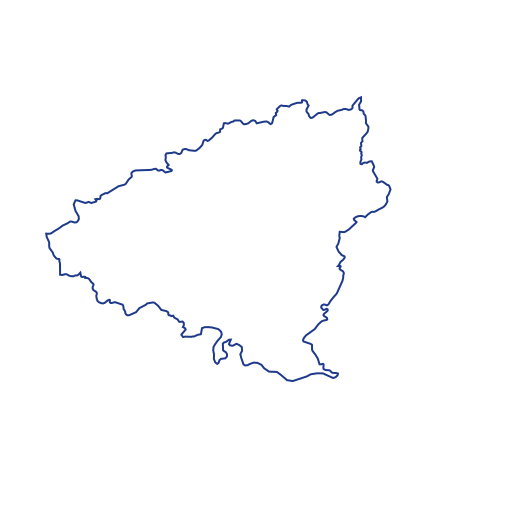 the State of Telangana, rotated 57°
{"feature_id": "IND-20011", "entity_name": "Telangana", "entity_type": "State", "adm_level": 1, "iso_a3": "IND", "parent_name": "India", "parent_adm1": "", "projection": "equal_earth", "projection_center": [78.948, 17.86], "detail": "fine", "context": "isolated", "style": "outline", "palette": "blue", "viewbox_px": 512, "rotation_deg": 57, "n_neighbors": 0, "source": "natural_earth", "source_scale": "10m", "svg_char_len": 6141}
<svg xmlns="http://www.w3.org/2000/svg" viewBox="0 0 512 512"><g transform="rotate(57 256 256)"><path d="M130.3,217.1L130.7,214.6L130.4,213.8L127.2,210.7L127.6,209.6L129.5,207.7L129.9,206.8L130.2,203.6L130.9,201.6L130.6,200.5L130.8,199.9L133.6,195.7L134.7,195.2L137.9,194.8L139.1,194.2L140.0,192.2L140.5,190.1L140.1,186.1L140.7,184.3L142.2,183.1L145.1,183.1L147.5,176.6L148.8,174.0L151.0,172.6L151.8,172.6L153.4,171.8L153.4,170.3L152.9,169.6L149.0,165.5L148.8,162.3L146.8,161.5L146.6,159.6L146.0,158.8L144.8,159.0L144.2,158.6L143.3,153.8L143.6,152.7L144.9,151.5L147.0,148.5L148.7,146.9L148.4,144.1L149.9,138.2L152.1,134.5L152.2,133.8L150.5,132.7L150.5,132.3L152.3,130.1L153.5,129.5L154.5,129.4L156.8,130.1L158.4,129.9L160.7,133.9L162.4,135.0L165.5,134.6L167.3,135.2L169.8,135.1L170.6,133.9L170.7,132.2L170.1,127.2L170.2,125.7L171.3,123.6L172.6,120.1L173.8,118.7L177.0,117.8L177.7,117.5L178.4,116.4L178.7,114.8L178.5,110.6L178.6,108.6L180.1,104.6L180.4,102.7L181.5,100.7L184.1,98.6L184.8,96.2L184.6,94.8L184.0,94.1L182.8,93.5L182.3,92.7L180.2,86.0L179.7,83.9L180.1,81.5L183.6,83.7L185.3,87.2L189.6,89.4L190.5,89.1L191.4,87.8L193.1,87.2L195.4,88.2L197.5,87.8L198.4,88.0L202.4,90.0L204.5,91.5L208.8,91.3L210.4,92.4L212.6,94.7L213.1,95.8L214.9,102.6L217.8,104.3L218.2,106.1L218.7,106.6L221.1,107.7L221.5,108.7L221.6,109.5L223.5,110.1L223.7,111.1L224.4,111.4L225.5,110.9L226.5,110.9L227.2,111.9L229.0,112.3L230.4,114.0L232.4,115.0L233.7,116.9L235.4,118.2L236.2,117.9L236.7,117.2L236.4,115.9L236.6,114.6L237.6,112.8L238.3,112.3L238.4,109.9L239.0,108.3L239.7,107.3L245.0,108.1L245.9,108.6L247.6,111.2L248.5,111.7L257.1,112.1L258.0,112.7L258.6,113.8L259.5,114.3L260.4,114.1L261.0,113.3L261.4,112.2L261.6,110.4L262.2,109.6L263.3,109.0L267.9,107.2L268.5,106.5L269.6,106.1L273.4,106.9L276.4,111.0L277.9,114.2L281.8,116.1L283.5,119.1L284.2,121.3L284.3,123.4L283.8,127.7L283.7,130.9L283.3,133.0L282.3,134.3L281.9,135.4L282.1,139.6L282.9,143.3L281.4,144.2L279.7,146.0L278.4,148.3L277.7,150.8L277.9,153.6L279.0,154.1L282.3,153.2L282.8,154.5L283.7,160.4L284.3,163.3L284.3,167.5L284.0,169.1L281.3,172.6L284.5,175.2L286.7,176.1L290.5,180.3L292.0,183.3L292.4,183.6L297.4,184.3L302.0,183.6L303.9,182.3L304.6,182.0L305.4,182.3L305.9,183.0L306.6,184.9L307.0,188.4L308.6,191.1L309.1,192.7L310.4,190.7L311.1,190.9L311.8,192.6L312.7,193.0L316.3,191.4L317.7,191.5L318.7,192.0L319.8,193.4L321.8,194.8L323.9,197.0L331.1,208.1L331.7,209.4L332.7,213.3L334.3,218.0L335.9,221.3L336.1,222.2L336.0,223.5L334.3,224.6L333.5,225.7L333.3,227.4L333.7,228.6L334.8,229.4L337.8,229.0L338.3,228.3L338.8,225.5L339.6,225.0L340.8,225.6L341.1,226.6L341.5,230.1L341.9,231.2L342.5,231.7L343.2,231.7L346.4,230.2L348.0,230.8L348.1,231.5L346.9,234.7L346.6,236.1L346.7,237.8L347.3,241.0L349.3,246.6L349.8,257.2L350.7,260.1L351.7,261.9L352.6,262.6L353.6,262.7L359.4,258.1L360.8,257.4L361.4,257.6L364.9,259.9L366.4,260.3L371.1,259.9L375.9,260.1L381.4,261.7L382.2,260.6L382.9,258.6L383.4,258.4L384.2,258.6L386.4,260.4L387.7,260.9L389.5,259.7L391.6,257.0L392.6,256.3L394.9,255.9L395.7,255.4L398.0,252.3L399.2,251.3L400.5,252.6L401.0,255.2L400.3,257.8L390.9,263.8L387.5,268.9L385.0,274.6L384.7,278.9L380.9,293.3L377.0,297.6L369.5,299.8L364.6,301.6L360.1,308.0L354.7,310.3L350.3,310.7L346.5,312.9L344.1,316.1L343.4,319.1L343.0,321.6L343.1,322.4L341.7,324.9L340.0,325.5L333.2,323.8L329.8,322.6L328.0,319.4L324.7,317.5L321.6,318.5L319.0,320.2L318.6,324.4L316.9,326.4L315.2,326.7L312.4,322.7L311.5,324.2L311.7,327.8L311.1,330.1L311.5,331.6L317.3,335.0L320.6,333.6L322.8,333.9L324.5,335.2L325.1,337.5L323.2,341.4L323.5,343.4L325.2,345.5L325.3,347.3L322.9,348.1L319.4,347.4L315.7,344.8L312.1,343.4L309.4,341.4L308.0,339.0L306.2,334.6L304.9,329.7L303.2,327.5L301.0,326.6L299.2,326.7L296.7,327.5L291.9,331.9L289.5,335.0L287.7,337.9L287.1,340.6L291.6,344.8L290.3,348.0L289.7,352.0L288.8,353.2L288.6,354.2L285.1,359.2L284.3,361.3L281.5,361.5L281.2,361.3L279.4,355.1L278.1,354.8L275.8,356.0L274.9,354.4L273.8,353.5L272.3,353.0L271.0,353.3L269.7,355.9L269.1,356.3L266.4,356.3L263.5,358.0L260.9,358.0L260.3,359.8L259.4,360.1L258.1,361.4L257.0,361.3L256.0,360.5L255.2,360.4L253.4,361.2L249.6,364.8L244.5,365.2L239.9,366.6L238.7,367.9L236.5,373.2L236.9,374.9L236.2,382.2L237.8,387.2L236.6,394.6L235.8,396.0L234.7,396.7L233.1,396.8L231.6,396.1L229.9,395.8L228.7,396.0L225.6,394.5L224.2,394.4L217.9,399.4L216.8,402.7L216.3,403.4L215.2,403.8L213.4,402.6L213.0,402.7L212.6,403.4L212.5,405.0L212.9,408.4L212.5,410.0L211.2,411.6L209.4,412.8L207.5,413.4L205.7,413.1L202.5,411.7L200.8,409.9L200.1,409.6L199.0,409.6L196.0,410.9L194.5,410.8L193.3,410.1L191.5,407.8L190.7,407.6L188.4,408.3L184.3,408.5L182.9,409.2L181.3,411.2L180.5,410.6L179.9,411.2L178.9,413.3L177.9,413.8L174.3,412.4L175.0,415.3L174.9,416.5L173.8,418.4L173.7,420.0L172.3,422.0L170.5,423.6L168.4,424.6L167.7,425.4L167.1,426.4L166.5,428.7L165.0,430.5L155.4,424.4L153.1,423.7L151.9,422.8L151.4,422.7L149.9,424.4L148.9,424.9L145.4,425.3L142.5,424.6L136.8,424.8L135.5,424.3L131.8,422.0L126.0,421.1L123.0,419.8L124.8,417.2L125.4,415.6L125.3,411.8L125.5,406.2L125.2,401.5L125.9,396.5L125.9,393.2L126.6,392.0L129.1,389.9L129.9,388.3L129.9,387.1L128.7,384.6L126.1,383.1L119.8,382.8L113.3,380.7L111.0,377.0L112.0,375.6L118.3,370.5L118.8,369.8L119.5,366.9L121.9,365.2L123.2,360.4L122.7,359.6L120.9,359.8L121.3,358.5L123.1,356.2L122.5,354.9L120.9,353.6L120.8,352.1L121.2,348.5L121.5,347.6L122.3,346.8L122.4,345.6L122.6,333.4L124.6,327.3L124.5,325.8L122.5,321.2L121.9,317.2L121.3,316.6L118.9,315.6L118.4,314.9L118.1,312.8L118.7,310.3L126.6,297.2L127.8,293.4L128.4,292.4L130.7,291.7L131.3,291.2L131.8,290.3L132.0,288.9L133.2,287.6L136.6,286.5L138.7,280.7L138.5,280.1L138.0,279.8L136.8,280.3L134.5,281.9L133.2,282.4L132.5,281.8L132.1,279.7L129.1,280.1L126.4,279.8L124.1,277.9L121.9,276.8L121.2,275.2L123.8,270.2L124.5,268.1L125.7,267.0L127.9,265.8L128.9,264.6L128.9,262.6L126.9,259.6L127.4,257.7L128.4,256.2L130.7,254.7L134.6,249.9L135.0,248.5L134.7,244.6L133.6,240.6L131.0,237.4L130.7,236.8L130.9,235.3L131.6,234.6L133.1,234.0L133.4,232.7L132.8,228.4L131.4,223.4L131.5,222.1L132.2,219.9L132.3,218.5L130.3,217.1Z" fill="none" stroke="#1e3a8a" stroke-width="2"/></g></svg>